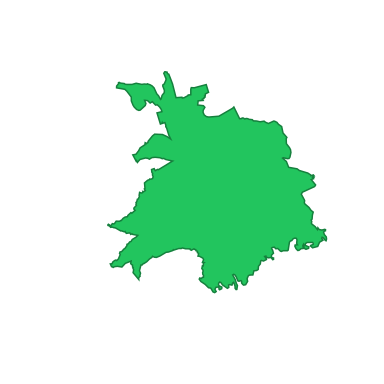 outline of Tecali de Herrera, Puebla, Mexico, rotated 315°
{"feature_id": "50627088B1690235802813", "entity_name": "Tecali de Herrera", "entity_type": "district", "adm_level": 2, "iso_a3": "MEX", "parent_name": "Mexico", "parent_adm1": "Puebla", "projection": "natural_earth1", "projection_center": [-97.988, 18.898], "detail": "fine", "context": "isolated", "style": "filled", "palette": "green", "viewbox_px": 384, "rotation_deg": 315, "n_neighbors": 0, "source": "geoboundaries", "source_scale": "gbopen_adm2", "svg_char_len": 6091}
<svg xmlns="http://www.w3.org/2000/svg" viewBox="0 0 384 384"><g transform="rotate(315 192 192)"><path d="M82.3,187.9L82.8,188.3L82.9,189.6L84.4,190.0L86.7,191.8L89.4,195.5L94.4,195.3L100.1,197.8L98.1,199.2L97.9,200.4L98.3,201.5L96.9,203.1L97.0,203.9L96.4,204.1L95.8,205.7L93.3,207.4L92.5,216.2L93.6,215.0L95.8,214.8L95.8,214.3L98.2,213.0L99.2,210.5L104.3,207.5L105.0,208.3L107.1,208.2L107.4,208.6L110.7,209.3L114.6,209.3L117.3,209.9L118.6,209.5L119.3,211.5L120.6,213.1L124.2,214.6L131.0,216.3L132.9,217.8L137.0,219.8L137.9,219.6L137.9,220.1L142.7,222.6L144.5,224.4L145.6,224.7L147.3,227.6L150.4,230.8L150.0,231.5L150.3,232.7L153.2,233.6L153.2,234.4L153.9,235.4L153.3,236.3L153.9,237.8L152.9,238.7L153.3,240.1L150.9,241.6L151.8,242.7L152.9,246.4L152.4,248.0L149.6,249.2L150.6,250.5L149.6,250.4L148.1,252.0L147.3,252.2L147.1,251.6L144.8,253.1L144.6,254.8L143.8,255.9L142.5,256.5L141.4,257.9L141.2,259.1L139.8,260.4L138.9,259.7L137.5,259.8L136.7,258.3L135.5,258.7L135.0,261.6L136.0,266.7L136.0,271.4L137.3,273.2L136.2,277.5L136.9,279.2L138.7,279.5L139.4,277.0L141.5,276.3L143.8,278.1L142.3,280.0L142.4,280.7L144.6,281.4L145.9,280.4L144.9,277.6L145.1,276.4L146.3,275.4L147.9,275.2L148.4,276.3L147.9,279.3L148.9,285.1L150.5,285.5L152.2,283.6L153.2,284.2L154.4,286.1L156.4,285.1L157.6,285.3L155.9,288.9L154.3,290.7L154.2,292.2L154.8,292.6L158.0,290.3L158.7,288.1L160.7,284.4L162.1,279.4L163.3,279.7L163.7,280.8L163.3,283.2L161.6,287.3L162.1,288.3L164.0,289.3L164.0,290.1L162.7,291.5L162.5,293.3L162.7,294.4L164.4,295.5L168.2,294.5L169.6,292.3L172.4,291.1L173.8,291.3L176.4,293.7L180.0,291.5L182.2,293.2L184.0,293.6L186.5,291.5L189.4,291.2L191.9,289.3L192.6,289.4L193.8,291.4L196.9,292.4L197.3,291.9L197.8,288.9L199.0,289.6L198.5,290.7L199.4,292.5L201.6,294.3L201.2,296.9L202.0,297.3L203.0,296.3L202.1,295.0L202.5,293.8L203.8,292.8L206.3,292.9L207.9,290.1L208.2,288.4L208.7,287.9L209.5,288.0L211.2,289.2L211.1,291.4L212.7,292.6L212.7,296.2L213.1,297.2L215.0,298.0L218.0,301.0L218.9,301.1L225.4,296.4L226.7,296.2L228.2,296.9L230.5,296.6L232.1,297.3L233.0,298.5L232.4,300.1L229.6,302.4L229.2,303.9L227.4,302.4L226.4,303.1L225.5,305.6L225.4,308.1L226.4,308.9L229.0,309.2L230.9,310.7L232.4,308.3L233.9,307.8L233.5,308.9L231.9,310.3L231.7,312.0L232.1,313.1L234.6,314.3L235.8,313.4L234.6,310.4L234.7,309.4L235.6,308.7L237.6,309.0L241.6,312.9L241.4,314.0L240.6,314.8L238.3,313.7L237.6,313.9L237.8,316.7L242.4,319.4L246.7,317.7L250.5,318.7L250.9,316.5L252.0,316.0L252.5,317.4L252.0,320.5L252.3,321.3L253.9,320.4L255.2,318.7L255.5,315.6L256.7,313.4L258.1,313.2L258.9,313.8L259.8,313.0L259.4,312.2L257.0,310.8L255.4,308.5L255.7,306.3L254.1,307.2L254.6,303.6L254.1,299.4L254.4,298.4L255.7,297.7L256.4,296.1L257.7,296.1L260.9,293.4L263.5,291.9L263.2,289.2L263.8,285.6L263.4,280.2L263.8,279.0L265.5,277.8L265.9,276.9L267.7,270.9L269.9,270.2L282.4,274.8L283.5,274.7L284.4,274.4L285.1,267.5L287.3,268.5L287.4,267.2L288.4,267.8L288.5,266.5L289.7,267.1L289.9,265.7L287.6,264.6L288.0,263.9L287.3,260.5L283.1,252.7L282.7,249.9L277.8,242.9L280.3,237.2L280.0,232.1L280.8,232.3L283.1,236.0L284.3,236.9L285.9,236.6L289.9,234.0L291.6,231.7L292.3,229.5L292.9,224.6L296.3,220.9L297.7,220.5L298.1,214.6L301.7,209.1L301.0,205.3L301.3,202.8L300.5,200.4L299.9,199.6L294.5,197.6L293.3,194.7L293.1,192.9L289.8,190.5L287.9,187.5L285.7,185.1L285.8,183.5L283.7,180.9L283.3,179.6L282.3,178.3L280.9,177.7L280.7,176.2L279.8,175.1L278.9,175.1L277.5,173.8L281.7,161.5L279.9,161.5L264.6,157.4L256.9,150.9L255.5,148.9L255.1,146.2L256.2,143.4L257.8,142.1L261.0,141.2L261.1,139.0L257.5,134.5L260.8,131.9L264.6,135.1L264.9,133.7L266.5,134.3L266.8,133.9L268.5,134.1L268.8,133.0L269.5,133.2L270.8,132.1L274.2,133.2L278.0,126.1L267.3,119.9L265.3,117.7L263.9,118.4L259.9,122.4L257.9,120.7L257.3,121.0L253.0,119.7L251.6,118.7L251.9,117.9L247.4,114.0L254.6,101.9L256.6,97.5L258.9,92.3L258.4,91.0L259.1,89.5L258.6,89.2L258.5,88.5L257.7,87.7L256.0,88.1L253.6,93.8L252.3,94.6L248.7,96.0L247.4,95.6L246.3,96.3L244.4,100.5L242.7,102.1L239.2,102.5L235.9,104.4L235.2,104.3L236.4,100.2L236.5,97.7L238.8,91.5L238.8,88.8L238.2,86.6L236.9,83.9L236.3,83.9L234.6,81.9L232.6,80.4L229.4,75.6L225.6,73.5L222.1,70.0L220.9,68.5L220.8,67.4L218.4,64.4L218.1,63.1L217.4,62.7L216.9,63.4L213.6,63.8L212.3,65.0L217.1,71.9L217.2,74.6L216.2,81.9L213.5,84.7L211.7,88.9L211.2,91.1L211.2,94.5L212.1,96.7L213.3,97.5L220.1,97.8L222.0,96.8L223.3,93.6L223.7,94.0L225.2,96.0L225.3,99.5L227.8,100.1L227.7,104.8L229.1,105.8L229.2,109.0L228.6,112.0L227.5,113.9L223.2,111.3L217.7,121.6L219.2,122.3L220.0,121.9L219.7,122.6L221.9,123.7L220.7,126.3L219.6,127.3L219.3,128.8L215.8,135.4L214.4,139.4L213.5,135.1L211.8,130.5L206.5,124.7L203.7,124.4L196.8,125.1L195.8,125.9L194.1,125.3L193.9,124.5L193.5,125.1L193.2,124.4L192.2,125.3L186.6,124.1L183.4,125.1L179.1,125.7L176.4,123.9L174.3,130.7L175.0,130.6L174.3,132.5L178.2,132.2L183.2,135.1L184.6,137.0L185.1,138.7L187.9,139.3L190.5,141.4L193.7,145.3L194.5,147.4L195.8,148.3L196.4,150.4L200.2,156.4L184.1,152.5L183.7,151.7L181.1,150.9L181.8,148.7L179.3,147.5L177.6,149.6L177.1,151.3L176.1,151.9L175.3,153.8L173.6,154.6L172.0,153.9L171.3,152.9L170.5,153.1L168.9,152.3L164.8,152.0L161.3,156.2L160.5,156.1L160.0,158.0L157.9,157.5L157.6,156.9L157.3,157.4L156.3,157.4L155.4,156.8L154.7,155.2L152.2,157.0L151.6,158.0L148.9,158.9L148.2,158.5L146.1,159.8L145.0,159.8L144.6,160.7L143.7,161.0L143.3,162.1L139.5,162.3L138.8,163.1L138.8,164.8L134.4,164.4L134.3,163.4L130.2,163.2L128.9,163.8L127.0,162.4L124.6,161.9L121.8,162.2L121.2,161.6L120.2,161.6L117.8,159.0L114.9,159.5L114.0,159.2L113.3,158.0L110.7,158.6L110.1,155.7L109.4,155.7L109.0,156.0L109.0,156.5L109.7,156.5L109.5,159.5L110.7,160.3L111.7,162.4L112.3,162.7L114.1,169.2L114.7,169.6L116.0,172.4L116.8,172.6L116.3,174.8L119.1,176.9L118.7,178.7L120.0,179.1L120.1,180.1L123.0,184.3L120.7,184.4L116.2,183.3L114.0,183.9L112.5,183.2L110.5,183.6L109.0,183.0L108.1,183.9L104.6,184.5L103.1,184.1L101.4,184.4L99.8,184.3L98.8,183.5L97.3,184.2L97.0,185.5L92.5,187.3L90.3,187.3L90.1,186.3L88.7,185.7L86.4,185.5L84.8,186.2L83.4,185.1L82.3,187.9Z" fill="#22c55e" stroke="#15803d" stroke-width="1.5"/></g></svg>